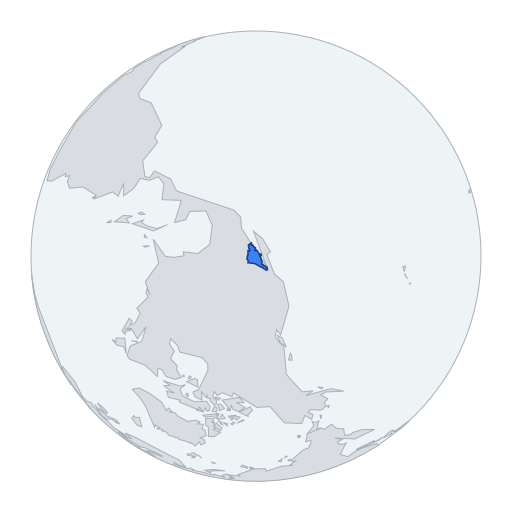 the Earth from above Sonora, rotated 188°
{"feature_id": "MEX-2712", "entity_name": "Sonora", "entity_type": "State", "adm_level": 1, "iso_a3": "MEX", "parent_name": "Mexico", "parent_adm1": "", "projection": "orthographic", "projection_center": [-111.078, 29.368], "detail": "fine", "context": "on_globe", "style": "filled", "palette": "blue", "viewbox_px": 512, "rotation_deg": 188, "n_neighbors": 0, "source": "natural_earth", "source_scale": "10m", "svg_char_len": 12524}
<svg xmlns="http://www.w3.org/2000/svg" viewBox="0 0 512 512"><g transform="rotate(188 256 256)"><circle cx="256" cy="256" r="225" fill="#eef3f6" stroke="#a8b0b8"/><path d="M54.0,348.5L54.6,350.0L54.0,348.5ZM341.4,464.5L337.3,465.9L342.3,462.9L348.5,459.7L345.7,460.6L359.3,452.3L354.2,455.0L365.3,444.4L377.3,433.1L394.9,400.9L393.1,395.8L381.2,393.1L367.4,372.3L372.9,359.4L369.1,355.1L381.5,334.3L377.1,319.4L372.3,318.6L368.4,326.1L351.2,320.4L343.7,309.4L284.2,298.4L276.6,292.4L274.3,281.5L243.6,246.2L261.9,280.2L252.1,274.2L242.2,262.2L245.4,259.0L235.5,241.0L225.3,234.2L216.4,211.0L220.7,181.3L225.4,185.9L225.9,178.8L219.9,172.8L215.9,170.7L209.5,143.0L191.5,127.9L180.8,130.4L187.1,124.8L163.3,135.1L150.3,134.4L168.2,131.0L172.4,127.5L165.1,124.5L167.9,120.4L166.0,116.9L169.9,112.5L180.1,111.5L182.8,108.8L177.5,107.0L178.1,101.9L185.5,104.9L187.4,96.5L204.6,94.7L221.2,108.8L233.9,106.2L259.3,117.2L260.2,113.3L270.3,115.9L275.1,112.5L278.4,116.1L279.3,110.4L275.3,107.8L274.4,104.6L276.8,102.6L281.6,106.6L281.0,108.2L283.7,108.3L285.0,111.3L285.7,108.7L291.1,114.2L289.4,105.9L296.8,108.0L299.4,112.5L294.3,115.6L287.7,135.9L288.8,142.5L295.4,148.0L318.0,150.2L321.2,156.4L329.0,162.2L329.5,156.8L323.6,150.5L326.4,142.4L318.8,136.3L318.8,132.4L313.0,125.2L319.1,122.6L328.2,124.2L333.4,130.3L337.6,131.4L336.9,123.0L350.6,132.5L366.8,136.2L369.8,139.5L368.0,149.5L357.3,155.4L355.0,170.8L361.9,157.4L369.2,166.7L372.7,167.1L375.3,164.9L374.6,160.3L378.3,163.0L372.9,176.7L369.5,174.3L371.2,169.8L366.3,173.0L362.7,183.3L366.7,187.8L357.1,200.5L359.8,204.1L359.3,209.2L355.5,202.5L362.0,215.2L351.4,235.4L360.1,258.3L345.7,243.0L337.1,243.2L327.3,246.2L328.6,250.0L314.0,250.3L303.4,261.0L303.6,280.5L311.8,293.6L327.8,290.9L330.7,282.1L341.3,277.8L337.7,300.7L356.9,298.7L357.3,314.6L363.4,320.9L372.1,316.1L381.3,316.8L386.5,305.8L395.4,297.2L397.2,309.4L400.9,296.0L406.7,299.6L423.6,290.4L422.7,293.9L437.1,300.3L450.1,297.1L453.1,303.4L451.8,309.8L455.7,307.9L455.8,311.3L468.9,301.6L473.4,301.6L471.9,313.2L465.2,332.9L452.5,364.2L438.8,383.4L430.8,395.4L412.4,416.2L404.6,421.2L402.3,425.5L394.2,432.1L387.9,435.9L383.0,440.3L378.1,442.9L378.6,443.6L365.2,452.0L362.5,454.3L351.3,460.0L349.7,460.9L347.5,461.8L343.8,463.5L342.0,464.2L341.4,464.5ZM106.3,266.8L107.1,261.6L109.2,265.7L106.3,266.8ZM105.9,257.8L106.0,259.7L105.6,258.0L105.9,257.8ZM104.5,256.3L105.5,257.4L104.2,256.6L104.5,256.3ZM102.4,254.8L103.6,255.4L103.4,255.5L102.4,254.8ZM361.0,266.5L382.9,270.8L372.4,276.1L374.0,273.4L368.1,270.5L357.7,269.4L348.0,274.8L361.0,266.5ZM99.7,250.9L99.1,249.8L100.3,249.8L99.7,250.9ZM366.5,250.8L362.9,251.1L366.1,249.8L366.5,250.8ZM213.7,170.6L219.5,173.2L223.9,180.4L218.7,178.6L213.7,170.6ZM205.9,157.8L209.4,157.5L208.5,164.5L206.8,162.5L205.9,157.8ZM172.4,133.5L176.7,134.9L171.6,135.1L172.4,133.5ZM165.0,117.2L162.9,118.2L162.8,116.0L165.0,117.2ZM310.0,127.2L311.5,126.2L311.8,128.0L310.0,127.2ZM306.1,125.1L305.4,127.9L303.4,127.4L303.9,125.7L306.1,125.1ZM168.8,107.4L169.2,103.8L170.5,107.2L168.8,107.4ZM307.3,121.9L300.0,126.2L296.6,125.3L295.4,118.1L307.3,121.9ZM170.7,101.6L171.7,93.5L167.1,94.9L180.5,87.0L175.2,96.1L177.5,100.0L173.7,99.4L170.7,101.6ZM273.0,107.9L277.4,110.6L271.5,110.3L273.0,107.9ZM269.5,108.6L252.8,113.7L247.6,109.2L254.2,108.2L245.7,104.3L251.4,99.6L257.3,100.7L259.6,104.4L260.0,99.8L269.5,108.6ZM187.8,84.3L189.6,82.4L189.7,84.2L187.8,84.3ZM273.6,103.3L270.7,104.6L265.9,100.7L270.9,97.5L270.9,99.7L273.6,103.3ZM240.7,105.8L238.0,102.7L241.9,97.8L241.4,96.0L251.0,99.1L240.7,105.8ZM273.2,99.6L273.6,96.1L278.0,96.2L276.1,101.9L273.2,99.6ZM262.6,101.1L260.6,99.2L263.4,99.2L262.6,101.1ZM294.0,95.2L290.6,96.4L287.9,94.4L294.0,95.2ZM273.4,94.8L271.9,94.8L270.4,94.3L271.6,92.1L273.4,94.8ZM253.1,95.7L255.3,94.5L249.4,94.2L252.0,90.9L258.0,93.6L256.5,91.1L257.3,90.1L261.3,93.5L253.1,95.7ZM268.4,88.4L276.9,91.3L283.8,89.4L286.4,91.0L274.8,93.9L268.4,88.4ZM263.9,91.0L267.3,89.7L268.8,92.2L267.5,94.7L263.9,91.0ZM251.7,87.8L246.1,92.1L245.0,91.4L251.7,87.8ZM270.1,87.2L268.0,86.6L270.4,86.8L270.1,87.2ZM257.0,86.9L255.2,88.5L253.9,87.6L257.0,86.9ZM265.4,84.2L268.1,85.0L267.3,86.7L265.4,84.2ZM261.3,85.0L260.1,83.5L265.3,86.7L260.7,85.8L261.3,85.0ZM256.2,85.9L254.8,85.9L257.1,85.4L256.2,85.9ZM267.0,77.9L273.8,81.5L271.9,85.0L265.6,80.9L267.0,77.9ZM339.4,465.3L336.8,466.2L340.4,464.9L339.4,465.3ZM347.6,461.8L348.3,461.5L347.6,461.8ZM475.8,206.6L473.5,199.6L469.3,186.0L464.5,175.5L432.5,117.8L430.2,113.7L421.1,102.7L432.2,115.6L442.2,129.2L451.2,143.6L459.1,158.6L465.9,174.2L471.5,190.2L475.8,206.6ZM385.9,71.9L386.0,72.0L388.9,74.1L395.5,79.1L395.5,79.3L406.1,88.9L426.9,110.0L431.6,116.5L432.2,119.6L417.3,105.7L408.5,92.8L403.1,88.6L398.6,87.8L396.3,84.3L393.4,82.7L389.5,78.3L377.8,70.2L372.9,66.1L362.3,61.5L358.4,59.0L365.8,62.3L368.3,62.7L355.3,54.4L351.0,52.3L345.2,50.3L342.4,48.6L338.4,47.8L328.0,43.5L337.4,48.3L330.8,47.0L321.3,44.2L320.8,44.9L336.2,49.7L340.9,51.0L342.2,50.5L356.4,56.0L362.1,59.3L353.6,57.6L360.9,62.5L351.1,59.9L315.3,47.1L303.4,43.2L296.4,37.2L302.6,37.9L308.2,40.2L308.5,38.4L305.8,38.4L303.5,37.3L296.6,36.6L294.6,35.9L291.4,36.8L288.2,35.9L290.2,35.3L277.3,34.4L269.0,33.2L267.0,33.5L267.3,34.0L256.6,32.6L255.6,32.9L258.7,33.4L258.8,34.4L254.8,36.0L251.4,35.4L252.3,34.7L249.1,32.9L252.3,31.9L250.4,31.9L246.9,32.7L250.8,34.8L249.4,36.0L246.6,34.8L247.5,35.3L245.7,35.7L240.6,35.8L243.3,37.1L228.2,45.0L216.9,46.6L216.1,44.2L201.9,51.2L190.3,53.7L193.2,54.0L188.4,58.4L192.0,57.6L193.0,58.1L182.2,70.6L176.9,73.5L175.6,80.5L177.0,80.9L180.9,78.9L180.5,87.0L167.1,94.9L164.4,93.7L157.8,100.0L152.6,96.6L145.2,97.1L143.3,90.7L137.6,92.2L135.7,94.6L126.5,99.0L114.4,100.8L132.7,88.6L152.6,86.7L145.2,86.2L149.5,83.4L148.4,81.5L142.9,81.8L140.7,83.6L145.0,71.3L137.0,70.0L131.4,75.7L124.5,80.4L110.4,87.1L108.2,85.9L120.5,76.0L133.4,67.0L146.9,58.9L161.0,51.7L175.5,45.6L190.4,40.5L205.6,36.4L221.1,33.4L236.8,31.5L252.5,30.7L268.3,31.1L284.0,32.5L299.5,35.0L314.9,38.6L330.0,43.2L344.7,48.9L358.9,55.6L372.7,63.3L385.9,71.9ZM448.7,140.5L450.9,143.8L448.7,140.5ZM424.0,290.0L426.3,291.2L423.7,292.8L424.0,290.0ZM371.9,281.9L376.1,280.8L378.6,282.0L375.6,283.7L371.9,281.9ZM404.3,269.0L408.6,268.2L404.6,271.2L404.3,269.0ZM386.1,271.1L401.0,270.2L393.1,277.7L383.6,278.4L389.6,274.8L386.1,271.1ZM366.6,258.9L369.4,259.0L369.2,261.6L366.6,258.9ZM368.9,250.0L367.9,250.5L366.1,249.0L368.9,250.0ZM369.5,165.9L370.1,164.9L373.3,163.6L372.7,166.0L369.5,165.9ZM381.6,148.5L387.1,153.4L382.8,151.3L383.2,155.3L374.5,156.3L370.8,141.2L374.0,147.6L381.6,148.5ZM361.8,154.3L367.8,154.8L361.4,154.8L361.8,154.3ZM381.2,80.2L381.9,79.0L386.5,81.7L392.6,88.5L386.2,84.5L381.2,80.2ZM381.9,77.0L371.7,74.3L367.5,70.5L371.6,73.0L369.8,70.7L375.9,74.2L381.8,73.9L386.1,76.3L395.2,86.6L389.8,81.6L389.5,82.8L381.9,77.0ZM353.3,79.5L348.9,79.8L345.4,71.0L350.0,71.8L356.4,78.2L354.9,81.0L353.3,79.5ZM306.6,109.0L305.1,110.8L303.8,109.5L304.0,107.0L306.6,109.0ZM292.6,95.9L311.7,100.7L311.0,102.7L323.0,103.8L325.8,109.8L317.9,108.8L329.1,114.6L323.1,116.1L330.8,119.6L313.0,116.6L308.0,118.7L312.5,114.0L310.1,108.3L307.5,106.5L296.6,103.1L284.8,105.3L280.5,100.5L280.6,96.6L282.8,95.3L284.9,98.7L286.3,94.6L291.0,98.6L292.6,95.9ZM284.5,61.2L286.0,64.3L289.7,59.4L294.4,62.2L294.6,61.5L299.9,62.9L306.7,63.6L308.1,65.3L310.1,64.8L313.7,66.0L317.0,66.1L320.7,69.3L324.9,69.8L324.2,71.1L330.6,71.2L327.5,72.6L331.9,74.7L332.6,72.2L344.6,92.1L352.0,100.3L359.9,106.7L353.6,109.1L342.2,105.1L329.3,98.3L323.1,90.4L321.4,93.3L317.9,90.5L320.7,89.4L314.3,89.5L312.1,87.0L300.7,82.7L292.7,85.1L288.3,83.8L290.4,81.7L284.6,82.0L285.5,77.3L282.4,76.4L280.2,71.2L286.0,68.1L282.0,67.4L280.2,63.8L284.5,61.2ZM266.6,76.3L272.4,71.3L277.9,70.6L279.4,80.0L282.1,81.4L283.3,88.1L275.4,89.1L275.8,87.1L274.3,85.4L277.4,85.7L273.8,84.2L274.2,81.4L271.6,79.6L274.2,78.4L266.6,76.3ZM401.6,84.1L400.9,83.6L398.0,81.1L400.6,83.3L401.6,84.1ZM363.5,60.8L360.8,59.1L361.8,59.3L364.7,60.7L363.5,60.8ZM296.4,49.3L296.4,50.6L294.8,50.4L290.5,52.5L286.6,50.9L287.8,49.0L296.4,49.3ZM291.5,47.8L290.1,48.8L289.0,47.4L291.5,47.8ZM283.6,49.8L281.8,48.3L285.7,50.9L283.6,49.8ZM256.7,39.0L267.0,37.6L271.9,36.4L270.7,34.9L276.9,36.7L269.3,38.6L256.7,39.0ZM232.1,44.1L233.2,46.0L229.8,46.1L229.1,45.7L232.1,44.1ZM234.8,44.6L241.7,45.3L240.4,47.0L235.3,46.0L234.8,44.6ZM266.9,45.2L270.2,44.8L271.0,45.8L266.9,45.2ZM52.4,348.5L54.4,352.4L53.0,350.4L52.4,348.5ZM54.5,350.0L52.8,347.9L54.0,348.5L54.5,350.0ZM88.1,105.8L87.5,106.4L90.1,103.8L89.1,105.6L94.2,101.0L94.8,101.2L89.0,106.9L81.5,114.1L85.5,108.8L88.1,105.8ZM96.6,98.9L105.1,93.3L99.5,100.1L96.4,102.8L94.8,102.4L97.9,98.7L96.6,98.9ZM105.5,94.1L108.6,90.7L127.4,79.0L130.0,78.4L112.7,90.0L114.6,87.6L111.0,89.5L105.5,94.1ZM187.3,82.4L189.4,82.4L187.0,83.6L187.3,82.4ZM195.1,57.6L196.1,58.5L193.2,59.6L195.1,57.6ZM197.3,61.9L199.8,59.9L198.6,62.2L197.3,61.9ZM205.1,55.8L201.5,59.3L202.8,55.6L205.1,55.8Z" fill="#d9dde1" stroke="#a8b0b8" stroke-width="1"/><path d="M243.6,243.5L254.6,247.7L256.0,248.3L263.1,248.2L262.9,250.2L262.9,250.3L263.7,250.9L263.8,251.0L264.1,251.1L264.4,251.3L264.6,253.3L264.6,253.5L264.4,255.8L264.1,255.8L264.4,258.2L264.5,258.4L264.4,258.8L264.7,259.9L264.8,260.0L264.5,260.3L264.4,260.4L263.6,260.2L263.3,260.2L263.0,260.2L262.8,260.4L262.7,260.5L263.2,261.7L263.5,262.0L263.7,262.3L264.1,262.6L264.0,262.8L264.2,263.0L264.4,263.1L264.5,263.3L264.4,263.7L264.5,263.9L264.5,264.0L264.4,264.2L264.4,264.3L264.4,264.6L264.8,265.0L265.0,265.1L265.1,265.3L265.0,265.7L265.0,265.9L265.0,266.0L263.6,267.2L262.9,267.8L262.7,267.7L262.7,267.8L262.4,267.9L262.5,267.5L262.4,267.2L262.2,267.0L262.0,266.8L261.9,266.7L261.6,266.5L261.8,266.6L261.7,266.5L261.8,266.4L261.7,266.4L261.4,266.2L261.4,266.3L261.5,266.4L261.5,266.5L261.4,266.5L261.2,266.5L260.9,266.5L260.6,266.4L260.4,266.2L260.2,265.8L260.2,265.7L260.0,265.3L260.1,265.5L260.1,265.3L260.1,265.1L259.9,264.9L259.7,264.8L259.6,265.0L259.5,264.9L258.8,264.7L258.6,264.6L258.4,264.3L258.2,264.2L257.9,264.2L258.2,264.2L258.3,264.1L258.1,263.9L257.9,263.8L257.8,263.6L257.7,263.5L257.7,263.3L257.6,262.9L257.6,262.7L257.8,262.6L257.7,262.6L257.8,262.4L257.7,262.4L257.7,262.2L257.9,262.0L258.0,261.9L257.9,261.9L257.7,261.8L257.4,261.8L257.2,261.7L256.9,261.7L256.9,261.4L256.8,261.5L256.7,261.8L256.7,262.0L256.6,261.9L256.4,261.7L256.5,261.7L256.4,261.6L256.1,261.6L255.9,261.6L255.8,261.4L255.7,261.4L255.5,261.2L255.4,261.2L255.2,260.9L255.1,260.7L254.9,260.3L254.8,260.2L254.7,260.1L254.7,259.9L254.8,259.9L254.6,259.9L254.2,259.7L253.8,259.6L253.6,259.1L253.1,258.5L253.0,258.4L253.3,258.4L253.3,258.2L253.1,258.2L252.9,258.1L252.7,258.0L252.7,257.9L252.5,257.7L252.3,257.6L252.2,257.5L252.3,257.5L252.2,257.2L252.3,257.0L252.2,256.9L252.1,256.7L252.1,256.4L252.0,256.2L251.9,256.1L251.7,256.2L251.7,256.3L251.6,256.2L251.4,256.1L251.4,255.9L251.6,255.6L251.4,255.4L251.4,255.2L251.1,255.0L251.0,254.7L250.9,254.7L250.8,254.4L250.7,254.2L250.6,253.9L250.4,253.8L250.3,253.7L250.4,253.4L250.3,253.2L250.3,252.7L250.1,252.5L250.1,252.4L249.9,252.4L250.0,252.3L250.0,252.0L250.0,251.9L249.9,251.8L249.8,251.6L249.5,251.4L249.2,250.8L249.1,250.4L249.1,250.1L249.2,249.7L249.1,249.3L249.2,249.6L249.3,249.4L249.4,248.9L249.2,248.7L249.1,248.8L248.9,248.6L248.8,248.4L248.6,248.4L248.7,248.5L248.8,248.6L248.7,248.6L247.7,248.3L247.5,248.2L247.4,248.1L247.5,248.1L247.4,247.8L247.4,247.7L247.2,247.4L246.9,247.3L246.6,247.1L246.4,247.1L246.4,246.9L246.3,247.2L246.3,247.3L246.2,247.4L246.1,247.5L245.7,247.5L245.5,247.4L245.4,247.4L245.1,247.1L244.8,246.9L244.7,246.9L244.3,246.4L244.2,246.4L243.9,246.4L243.7,246.2L243.4,246.0L243.3,245.9L243.1,245.8L243.1,245.3L243.1,245.2L243.1,244.9L243.1,244.7L242.8,244.3L243.0,244.1L243.1,243.8L243.1,243.7L243.3,243.5L243.5,243.5L243.6,243.5ZM251.9,258.3L251.7,258.4L251.4,258.2L251.2,258.2L250.9,258.0L250.9,257.9L251.0,257.8L251.1,257.7L251.1,257.3L251.1,257.1L251.2,256.8L251.2,256.7L251.3,256.6L251.5,256.7L251.8,256.5L251.9,256.8L252.0,257.1L252.2,257.3L252.1,257.5L252.0,257.8L252.0,258.0L251.9,258.2L251.9,258.3L252.0,258.3L251.9,258.4L251.9,258.3ZM243.6,246.2L243.7,246.3L243.9,246.4L244.0,246.6L243.9,246.6L243.7,246.6L243.6,246.4L243.6,246.2ZM262.5,268.2L262.5,267.9L262.8,268.0L262.5,268.2ZM257.7,264.1L257.7,263.8L257.7,263.7L257.7,263.8L257.7,264.0L257.8,264.1L257.7,264.1L257.7,264.1ZM259.6,265.0L259.8,265.0L260.0,265.2L259.9,265.1L259.6,265.0ZM262.3,268.3L262.4,268.1L262.3,268.3ZM254.9,261.5L254.9,261.4L255.0,261.6L254.9,261.5Z" fill="#3b82f6" stroke="#1e3a8a" stroke-width="1.5"/></g></svg>